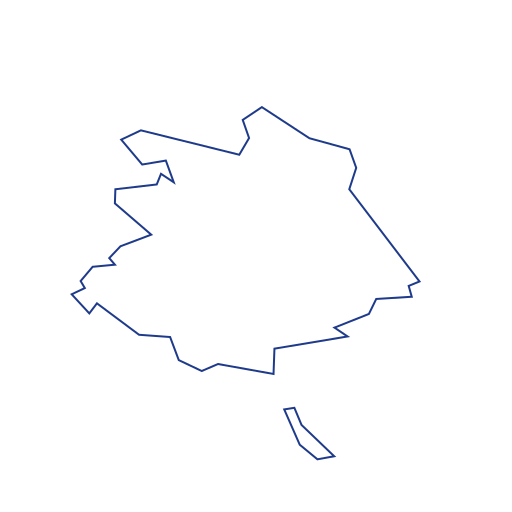 outline of Limburg, rotated 34°
{"feature_id": "BEL-3", "entity_name": "Limburg", "entity_type": "Province", "adm_level": 1, "iso_a3": "BEL", "parent_name": "Belgium", "parent_adm1": "", "projection": "robinson", "projection_center": [5.471, 50.993], "detail": "coarse", "context": "isolated", "style": "outline", "palette": "blue", "viewbox_px": 512, "rotation_deg": 34, "n_neighbors": 0, "source": "natural_earth", "source_scale": "10m", "svg_char_len": 752}
<svg xmlns="http://www.w3.org/2000/svg" viewBox="0 0 512 512"><g transform="rotate(34 256 256)"><path d="M296.0,148.5L405.8,185.7L399.3,195.4L407.9,202.7L379.7,224.4L382.0,240.9L361.1,271.5L376.9,271.5L323.1,322.5L336.5,344.0L284.9,366.8L275.3,381.7L250.2,385.5L230.1,371.2L203.1,386.7L150.6,384.2L149.9,396.8L124.6,390.8L132.0,378.3L124.6,374.8L126.6,356.3L143.9,342.1L135.5,339.8L138.2,323.7L157.2,296.9L109.6,291.3L102.1,279.3L133.7,252.2L131.3,241.0L146.6,240.9L127.9,227.3L110.5,243.8L79.2,234.9L90.3,216.2L185.5,181.4L184.3,162.1L168.9,150.6L177.6,129.3L234.4,128.5L273.9,115.2L289.8,126.9L296.0,148.5ZM372.7,360.4L388.2,370.6L432.8,378.3L420.6,390.2L397.8,388.0L365.2,367.4L372.7,360.4Z" fill="none" stroke="#1e3a8a" stroke-width="2"/></g></svg>